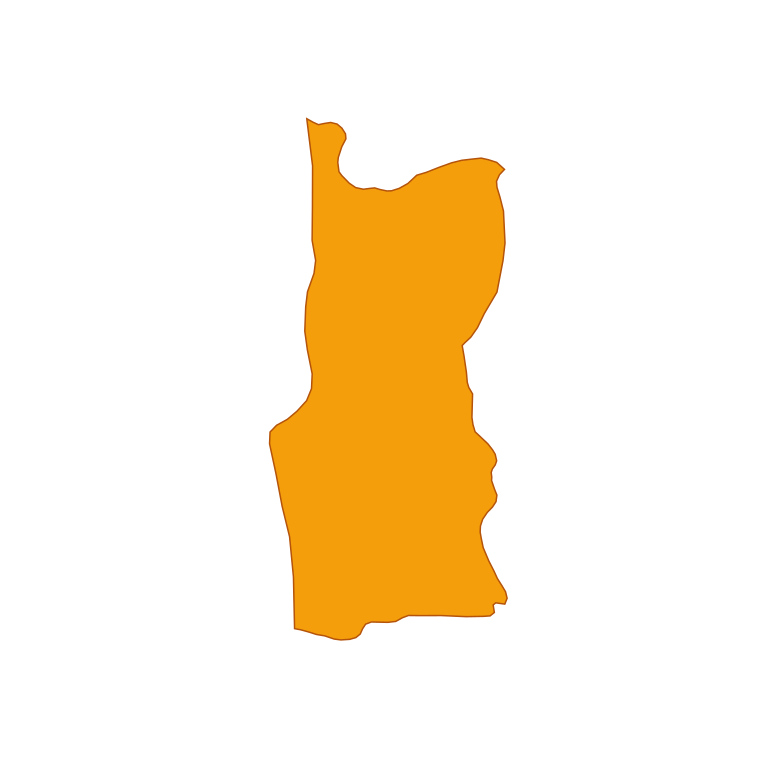 outline of Basse-Banio, Nyanga, Gabon, rotated 44°
{"feature_id": "22940354B35468012310479", "entity_name": "Basse-Banio", "entity_type": "district", "adm_level": 2, "iso_a3": "GAB", "parent_name": "Gabon", "parent_adm1": "Nyanga", "projection": "orthographic", "projection_center": [10.764, -3.223], "detail": "fine", "context": "isolated", "style": "filled", "palette": "amber", "viewbox_px": 768, "rotation_deg": 44, "n_neighbors": 0, "source": "geoboundaries", "source_scale": "gbopen_adm2", "svg_char_len": 1742}
<svg xmlns="http://www.w3.org/2000/svg" viewBox="0 0 768 768"><g transform="rotate(44 384 384)"><path d="M623.8,458.4L621.4,452.6L615.7,449.0L609.1,447.2L600.8,445.2L593.1,442.2L582.1,438.4L569.0,432.8L561.2,427.5L556.0,423.7L552.0,419.1L548.9,412.7L547.5,404.6L547.5,397.1L546.3,390.8L542.4,385.5L536.8,383.0L528.4,378.7L526.3,376.2L522.6,373.2L521.0,369.9L520.2,364.9L518.4,361.0L512.8,357.3L508.0,356.0L500.3,354.9L482.7,355.1L476.2,351.4L470.5,347.0L454.6,329.6L447.4,327.6L442.8,325.0L435.1,318.3L430.3,314.6L422.4,308.5L413.5,302.0L413.5,298.2L413.9,289.9L412.1,278.6L407.2,263.6L401.4,239.4L393.1,226.7L383.9,212.6L373.1,198.5L349.8,176.6L337.9,169.2L328.6,164.0L324.1,160.0L321.7,153.3L321.6,145.9L311.1,146.3L303.2,150.2L297.0,154.0L290.9,161.3L284.5,169.1L279.0,177.9L272.9,190.3L267.3,202.6L262.5,211.1L261.9,223.2L259.0,232.8L255.2,239.8L252.0,243.1L246.0,246.9L241.1,249.4L237.8,253.3L233.9,258.2L227.2,262.4L219.6,263.7L208.9,263.4L204.2,262.6L196.8,256.7L193.7,252.7L188.8,242.6L186.3,234.1L182.5,230.8L176.0,229.2L169.7,229.6L164.0,232.9L160.1,238.0L156.7,243.0L151.0,245.0L144.2,246.8L146.1,248.4L181.1,276.7L209.1,305.9L232.5,330.6L249.0,342.6L256.8,353.0L264.9,370.8L274.0,382.8L290.3,401.0L305.2,412.7L325.3,426.6L335.1,437.7L339.9,449.7L340.3,464.0L339.0,476.6L335.4,488.3L335.4,497.7L343.2,506.5L368.8,523.7L395.8,542.8L422.1,559.4L452.9,585.7L489.6,622.1L495.1,618.5L502.5,614.5L509.4,611.1L516.4,606.3L525.3,602.1L530.8,598.0L536.7,591.5L539.9,586.0L540.6,580.4L538.6,574.9L537.6,569.5L540.2,564.0L552.4,552.7L557.4,546.6L559.6,539.4L562.4,533.5L571.1,525.3L585.9,510.9L604.7,494.3L616.9,482.1L621.4,477.1L622.1,471.7L616.0,467.1L616.4,463.8L623.8,458.4Z" fill="#f59e0b" stroke="#b45309" stroke-width="1.5"/></g></svg>